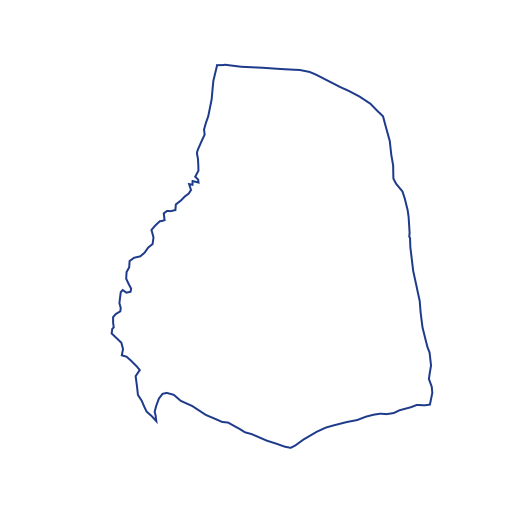 outline of Trenbo, Grand Kru, Liberia, rotated 347°
{"feature_id": "62588387B53229219679368", "entity_name": "Trenbo", "entity_type": "district", "adm_level": 2, "iso_a3": "LBR", "parent_name": "Liberia", "parent_adm1": "Grand Kru", "projection": "natural_earth1", "projection_center": [-7.882, 4.705], "detail": "fine", "context": "isolated", "style": "outline", "palette": "blue", "viewbox_px": 512, "rotation_deg": 347, "n_neighbors": 0, "source": "geoboundaries", "source_scale": "gbopen_adm2", "svg_char_len": 2330}
<svg xmlns="http://www.w3.org/2000/svg" viewBox="0 0 512 512"><g transform="rotate(347 256 256)"><path d="M99.6,294.6L97.9,299.0L100.7,303.2L105.3,310.2L105.5,316.8L102.9,322.6L107.2,325.0L110.5,329.6L115.0,336.8L117.1,341.0L111.7,346.0L110.7,356.4L109.7,364.8L112.1,371.4L113.1,377.2L114.4,383.0L118.4,388.6L121.7,394.5L122.3,388.6L122.2,385.0L125.1,379.5L129.3,373.1L133.9,369.3L138.2,369.3L144.7,372.8L150.0,380.1L153.1,382.5L160.1,387.8L171.4,399.6L180.1,405.9L185.7,410.1L191.3,412.0L199.6,419.5L200.7,420.4L205.6,425.3L211.6,428.5L216.8,432.3L224.9,438.3L233.2,443.2L241.2,448.3L246.6,450.7L248.3,450.3L251.5,449.5L261.0,445.5L264.6,444.4L275.7,440.9L285.5,438.9L293.6,438.5L307.4,438.2L317.8,438.6L326.8,437.3L334.9,437.1L341.6,437.6L347.8,439.5L354.9,440.0L361.1,438.6L372.8,438.2L379.3,437.3L386.6,439.4L392.0,439.9L393.0,437.8L397.0,429.0L397.7,423.9L397.8,422.7L396.8,414.7L399.2,408.6L401.9,402.1L403.4,389.2L402.6,383.6L402.4,377.0L402.2,362.8L403.7,348.0L404.0,346.0L405.4,336.6L405.5,326.6L405.6,323.1L405.6,322.3L405.8,306.3L405.9,305.0L408.4,281.9L410.1,273.3L409.7,271.5L410.8,268.3L412.2,260.1L413.5,252.2L414.1,245.0L414.0,242.6L413.9,234.1L413.5,229.1L413.4,228.2L413.2,226.0L408.9,217.4L408.5,216.3L407.3,211.5L408.5,205.6L410.0,198.6L410.6,187.5L412.2,174.1L411.5,158.1L411.2,148.5L406.7,141.6L401.6,133.2L400.2,131.8L392.6,123.8L382.9,115.5L376.1,110.4L371.1,106.1L367.0,102.7L360.6,97.3L359.8,96.6L354.9,92.5L349.6,88.7L340.5,84.6L333.0,82.5L320.6,78.9L304.9,74.1L298.8,72.4L284.2,68.3L268.9,62.7L267.1,62.6L260.9,61.3L260.5,62.4L254.0,75.4L251.6,82.4L248.1,93.2L240.9,109.1L237.1,115.1L233.8,121.1L233.3,126.1L227.9,133.1L223.4,139.1L222.2,141.1L221.5,142.9L221.3,148.3L220.1,155.1L219.1,159.9L214.6,165.1L216.8,168.5L216.5,171.5L214.6,170.5L211.1,168.7L210.1,172.3L207.0,170.9L207.5,177.1L204.4,180.1L200.2,181.9L195.2,185.1L189.5,187.7L187.8,193.1L182.9,193.1L179.5,192.1L175.7,193.7L175.0,200.5L172.0,200.7L170.1,200.5L164.6,203.7L160.0,207.1L160.3,214.9L157.9,221.1L152.9,223.5L148.2,227.7L143.2,230.3L136.7,230.3L131.7,232.5L129.9,238.5L126.3,242.5L124.4,248.9L125.6,254.5L127.0,259.8L125.7,262.6L121.6,262.6L118.4,259.2L116.1,260.8L114.1,266.2L112.3,271.2L112.5,276.4L111.3,279.4L106.3,281.0L103.0,283.4L101.8,288.8L101.3,293.6L99.6,294.6Z" fill="none" stroke="#1e3a8a" stroke-width="2"/></g></svg>